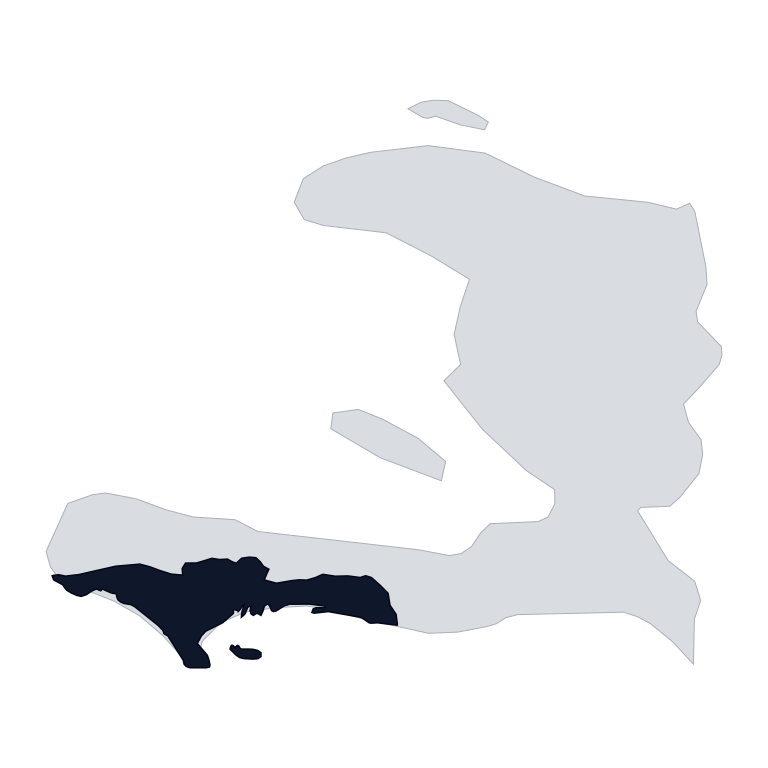 where Sud sits in Haiti
{"feature_id": "HTI-1362", "entity_name": "Sud", "entity_type": "Department", "adm_level": 1, "iso_a3": "HTI", "parent_name": "Haiti", "parent_adm1": "", "projection": "robinson", "projection_center": [-73.723, 18.228], "detail": "fine", "context": "in_parent", "style": "filled", "palette": "ink", "viewbox_px": 768, "rotation_deg": 0, "n_neighbors": 0, "source": "natural_earth", "source_scale": "10m", "svg_char_len": 3452}
<svg xmlns="http://www.w3.org/2000/svg" viewBox="0 0 768 768"><path d="M689.6,203.3L694.8,211.5L705.9,266.8L707.0,284.6L696.1,311.3L697.7,321.9L721.4,346.6L721.9,355.5L719.2,364.5L698.9,387.9L683.5,404.0L688.5,422.4L701.1,439.8L702.7,454.4L698.9,473.7L679.6,497.7L669.6,506.3L640.8,507.4L637.6,510.8L652.0,534.2L668.2,560.7L694.7,581.2L700.7,600.6L694.4,619.0L693.4,664.2L673.1,642.2L650.8,623.9L637.5,616.7L623.6,612.2L517.7,614.6L505.8,617.7L496.6,623.6L486.7,626.6L457.6,632.1L428.6,633.3L360.9,618.5L334.0,610.8L307.1,606.0L276.1,607.6L245.2,612.1L220.6,622.7L202.1,641.5L198.6,659.0L187.7,663.4L162.7,635.6L139.8,615.9L113.7,601.0L60.2,579.9L50.4,567.0L46.1,551.4L67.8,503.4L92.4,494.7L105.9,493.0L136.3,498.9L166.0,509.8L193.1,517.0L235.0,519.7L257.8,531.5L418.8,549.8L449.3,555.6L461.2,553.6L471.6,546.4L480.2,533.5L490.2,523.7L537.9,521.6L547.9,517.2L554.9,503.7L554.7,489.7L526.6,470.8L482.6,429.5L443.9,380.8L460.6,364.4L454.1,334.4L460.3,306.6L469.5,279.3L431.3,256.0L386.1,232.8L323.5,225.5L304.2,219.6L294.2,202.2L303.2,178.8L323.5,165.8L346.7,157.8L370.6,152.3L428.0,145.6L485.1,153.1L534.5,177.2L584.6,196.0L647.9,202.3L676.4,209.1L689.6,203.3ZM445.6,461.4L441.4,480.8L380.3,457.8L330.8,428.8L332.9,413.0L358.2,409.4L382.4,419.1L418.2,438.4L445.6,461.4ZM478.6,115.6L488.3,122.0L484.6,129.8L460.6,125.0L435.7,116.2L427.5,118.4L422.6,117.3L408.0,108.8L420.8,102.3L433.9,100.2L448.3,100.7L478.6,115.6Z" fill="#d9dde1" stroke="#a8b0b8" stroke-width="1"/><path d="M397.2,625.2L377.4,622.8L371.1,623.2L369.1,622.8L362.1,618.0L360.1,617.2L328.3,611.6L314.1,613.2L311.9,612.5L313.1,609.0L316.3,607.6L324.9,607.7L324.9,606.0L309.0,604.1L289.6,604.2L284.0,606.0L276.3,610.9L273.4,611.6L271.5,610.5L269.4,605.5L267.7,603.9L264.5,606.0L262.8,611.4L261.0,615.4L257.8,613.5L256.3,613.5L253.4,615.4L251.1,614.0L250.0,610.5L251.2,606.0L247.8,607.1L244.9,614.2L241.4,617.2L241.6,613.5L242.4,610.2L244.7,603.9L242.8,605.6L240.1,609.5L238.2,611.6L238.0,610.9L236.6,610.3L234.0,609.7L233.2,610.2L233.3,611.3L233.6,612.5L233.3,613.5L222.9,622.6L205.8,631.2L201.4,635.9L197.3,643.5L207.3,655.2L208.8,659.5L210.0,664.9L209.5,667.0L206.3,667.8L190.5,667.8L188.2,667.3L185.8,666.1L184.1,664.2L183.2,660.2L167.9,636.1L167.2,635.5L165.3,634.6L164.5,634.1L163.7,633.0L163.5,632.2L163.3,631.3L162.7,630.2L158.3,625.6L135.1,607.0L131.0,604.7L123.7,603.4L120.6,602.0L118.0,599.9L116.9,597.4L116.4,594.4L115.1,593.5L113.0,593.4L110.6,592.7L104.4,590.0L102.4,588.8L100.8,590.8L96.3,589.0L91.5,591.2L86.4,594.7L81.2,596.4L76.8,595.4L71.3,593.0L66.7,590.2L64.8,587.9L62.7,584.8L53.7,579.9L52.1,575.8L53.1,575.4L58.8,574.7L65.4,576.1L78.6,574.6L91.7,571.6L115.7,566.2L139.9,564.1L149.9,566.8L159.9,570.5L171.3,574.1L182.6,575.1L182.2,568.5L185.5,563.1L191.0,563.0L196.5,563.0L204.2,560.7L211.8,558.3L219.6,559.5L227.5,559.1L232.3,561.8L236.3,563.2L241.7,558.2L249.4,557.1L255.9,557.7L260.1,561.6L263.5,566.3L268.9,569.2L266.7,574.0L264.3,579.9L276.4,583.2L291.7,580.6L299.2,579.8L306.7,580.1L315.3,577.6L322.8,574.3L335.2,576.2L347.9,575.9L354.1,576.7L360.2,577.5L365.6,575.7L371.4,577.5L380.4,585.5L388.1,593.3L390.0,605.2L396.1,614.3L396.7,619.1L397.4,623.9L397.2,625.2ZM248.9,649.1L252.9,649.3L257.6,650.4L261.0,652.7L261.0,656.6L258.1,658.6L253.2,659.1L243.9,658.6L239.7,657.6L236.1,655.2L230.0,649.1L230.8,646.3L231.9,645.2L233.3,645.6L234.8,647.4L237.5,645.3L238.8,646.0L239.8,647.9L241.4,649.1L248.9,649.1Z" fill="#0f172a" stroke="#020617" stroke-width="1.5"/></svg>